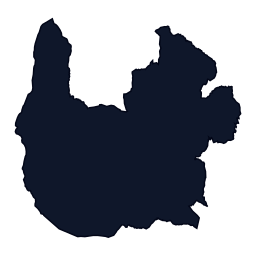 the district of Dr. Manuel Belgrano, Jujuy, Argentina
{"feature_id": "61730980B9597683153912", "entity_name": "Dr. Manuel Belgrano", "entity_type": "district", "adm_level": 2, "iso_a3": "ARG", "parent_name": "Argentina", "parent_adm1": "Jujuy", "projection": "equal_earth", "projection_center": [-65.306, -24.063], "detail": "fine", "context": "isolated", "style": "filled", "palette": "ink", "viewbox_px": 256, "rotation_deg": 0, "n_neighbors": 0, "source": "geoboundaries", "source_scale": "gbopen_adm2", "svg_char_len": 5759}
<svg xmlns="http://www.w3.org/2000/svg" viewBox="0 0 256 256"><path d="M15.6,125.5L16.5,126.6L17.6,127.0L17.6,127.4L17.2,128.3L16.2,129.2L15.8,130.0L15.4,131.6L15.6,132.3L16.4,133.7L18.5,134.3L21.2,136.2L22.2,138.4L21.8,140.4L22.1,142.3L24.4,144.6L25.8,147.7L26.3,151.4L26.2,154.7L25.3,156.6L24.1,161.7L23.6,165.2L22.5,167.9L22.4,168.9L23.4,170.2L23.9,172.9L25.1,175.7L24.9,177.1L23.6,179.7L25.2,184.1L25.2,186.2L26.2,187.2L27.3,189.7L28.0,190.3L28.7,190.8L30.5,190.7L31.3,193.1L32.1,194.1L33.5,197.0L35.2,198.5L35.5,199.0L35.7,201.9L35.1,203.9L35.1,205.9L37.8,208.4L40.3,211.7L41.0,213.6L43.6,214.4L43.8,215.3L59.2,228.8L77.7,236.6L80.8,236.3L84.9,236.6L93.0,235.4L98.0,235.4L105.5,236.3L108.3,237.2L113.7,235.2L116.4,231.6L116.8,230.6L118.5,229.0L121.6,225.1L123.0,224.8L124.5,225.5L125.6,227.1L126.9,227.2L127.6,225.6L129.2,224.7L130.2,226.1L131.1,226.0L131.9,226.6L133.0,226.3L133.9,227.0L134.4,227.8L135.9,227.7L136.7,228.2L139.1,227.8L140.0,228.3L140.7,227.7L141.4,228.3L143.0,227.4L146.2,228.8L149.1,227.0L151.3,223.7L152.5,222.9L155.4,219.5L156.3,219.6L157.3,219.1L157.2,218.4L157.9,218.6L157.8,218.2L158.1,218.1L158.4,218.6L161.4,220.0L162.5,219.8L162.5,220.4L165.6,220.7L166.9,221.5L168.2,220.7L168.9,221.0L169.8,220.4L170.5,220.5L173.2,223.8L176.0,224.8L177.0,224.4L178.8,224.7L180.7,224.4L181.5,224.6L183.3,223.8L186.5,224.0L186.9,223.7L189.0,224.2L190.9,225.4L193.2,225.2L194.0,226.5L196.8,228.3L199.2,217.9L197.3,215.5L192.5,211.1L189.1,206.3L189.6,206.3L190.3,205.5L191.2,205.7L192.2,204.5L193.3,204.8L194.2,202.8L194.5,202.9L196.4,200.5L196.9,200.4L198.8,201.8L201.6,202.8L202.1,203.5L203.2,204.0L203.9,204.9L205.0,205.1L207.6,206.5L206.4,204.7L206.3,203.4L205.6,201.9L204.1,200.5L204.1,199.9L204.3,199.6L204.2,197.3L203.2,197.3L202.6,196.2L202.6,194.8L203.1,194.3L203.0,193.9L203.7,192.0L203.2,190.2L203.2,188.5L204.5,185.6L204.4,182.2L205.0,179.9L205.3,177.5L205.7,177.5L205.5,171.5L204.2,166.6L204.4,163.7L203.7,162.3L202.0,162.1L200.4,160.1L199.3,159.9L198.6,159.2L196.5,158.8L195.1,159.6L194.8,159.3L196.0,156.4L198.3,156.7L200.2,155.8L200.4,155.5L200.5,153.8L201.5,153.0L202.2,151.6L204.3,151.1L205.9,149.3L207.6,145.8L207.8,142.6L208.3,140.7L208.3,139.7L209.1,138.5L208.8,137.2L209.6,137.9L209.7,139.4L210.1,139.7L210.9,139.0L210.7,138.0L211.5,137.6L212.3,138.7L213.4,142.0L213.8,142.5L217.5,141.1L217.9,142.5L219.7,142.2L222.1,142.6L223.7,143.3L225.8,142.4L226.5,141.3L228.1,140.2L230.7,140.3L233.2,139.2L233.6,138.4L233.3,137.3L233.2,136.3L233.6,135.9L233.3,134.9L233.4,132.5L233.9,132.0L235.2,132.4L235.8,131.5L235.7,130.4L235.1,130.3L234.8,129.9L234.6,127.9L235.2,126.7L235.5,126.6L236.2,127.2L236.3,126.7L235.1,124.0L235.8,124.5L236.8,123.1L238.4,123.2L238.3,122.3L237.6,121.2L237.6,119.9L236.9,118.2L237.4,118.0L239.0,118.5L238.6,116.6L238.8,115.8L240.6,113.8L240.6,113.4L239.9,111.1L239.9,107.6L239.0,104.1L236.0,101.8L234.2,99.2L232.4,97.5L232.8,95.3L231.9,92.5L232.3,91.1L231.9,88.0L232.1,86.9L231.3,86.5L229.6,87.1L228.8,86.4L228.0,87.4L226.9,87.4L225.2,86.5L224.5,87.3L223.5,86.8L223.3,87.3L221.6,86.1L220.4,86.8L219.5,86.8L219.1,87.8L218.1,87.4L216.2,88.0L215.9,88.7L215.5,88.5L214.9,89.0L214.7,89.9L212.0,91.4L212.3,92.8L210.5,93.3L210.2,93.7L210.0,95.0L209.1,96.4L208.1,96.5L206.6,98.1L205.3,98.4L204.1,98.1L201.9,98.2L201.0,97.8L201.3,93.3L201.1,92.1L200.2,91.0L200.3,89.8L201.0,89.2L201.2,88.0L202.4,85.7L203.2,84.5L204.1,84.1L205.1,84.6L206.0,84.1L206.9,82.6L207.6,79.3L208.8,79.5L210.1,80.6L214.2,77.9L215.4,75.6L215.8,73.4L216.5,72.3L215.8,67.2L215.2,66.4L215.1,65.0L215.5,63.4L214.4,61.2L212.7,60.5L211.8,59.0L207.7,56.4L206.9,55.3L204.9,54.6L204.3,54.0L204.0,53.1L203.2,53.1L201.6,51.5L201.5,50.7L200.6,50.6L200.2,49.8L199.0,49.5L198.6,48.8L197.7,49.2L196.4,48.3L195.0,48.1L194.6,46.9L193.2,45.4L192.4,45.5L191.9,45.0L191.9,44.0L191.0,42.0L189.3,41.8L188.9,41.3L188.5,41.5L187.7,40.8L186.9,41.2L186.6,40.4L185.7,40.7L185.3,38.2L184.1,37.8L183.6,36.7L182.9,36.5L182.7,35.9L181.8,36.2L181.0,35.6L180.6,34.6L179.9,34.9L178.1,33.9L175.5,35.1L175.2,35.7L174.6,35.4L172.9,35.4L172.1,34.9L171.6,33.9L170.9,33.6L170.6,32.6L170.2,32.3L169.7,30.5L169.9,29.9L169.6,28.8L169.1,28.6L168.7,26.7L167.8,26.2L166.2,26.8L164.6,26.7L160.7,27.5L158.8,29.2L156.2,30.2L155.4,31.3L157.0,33.1L158.1,33.6L158.5,34.4L160.0,35.7L160.3,36.9L159.6,44.2L160.9,48.2L159.7,51.2L160.2,56.5L158.7,59.5L158.7,62.5L158.3,64.4L156.6,62.8L152.8,63.6L152.6,60.6L150.6,62.7L150.1,65.0L148.2,66.1L145.2,69.5L144.3,69.0L142.9,69.4L141.6,69.1L139.7,70.0L138.6,69.4L137.1,70.1L136.1,69.3L132.3,71.9L132.2,73.1L132.9,76.2L132.6,78.0L132.8,79.8L132.3,82.9L132.6,87.1L132.2,88.4L131.5,88.7L130.9,91.2L126.4,93.9L123.9,94.1L123.7,97.5L124.3,99.5L124.5,103.4L126.4,109.7L127.5,111.2L126.2,111.9L121.3,111.2L120.2,110.6L120.1,109.9L117.6,108.7L113.9,105.9L111.1,105.4L106.7,106.5L101.4,104.6L99.7,104.8L99.5,105.6L98.8,106.1L93.9,107.2L89.1,107.8L87.6,108.6L86.9,106.5L84.2,104.1L83.8,102.3L83.3,101.9L81.6,102.0L80.4,100.3L79.4,100.2L78.7,99.3L77.4,99.7L76.9,98.8L74.0,99.3L73.3,98.4L73.5,97.0L73.3,96.3L72.3,96.0L70.2,96.7L69.9,94.3L68.9,93.5L69.2,90.3L68.9,88.1L68.4,86.8L68.7,85.1L68.0,83.2L68.4,82.7L68.2,81.5L69.2,79.9L68.9,78.5L69.6,76.4L69.0,74.3L69.7,73.8L69.1,72.3L69.6,70.9L69.2,68.6L67.8,67.3L67.8,64.0L68.5,60.8L68.7,56.5L70.1,54.8L71.1,51.0L70.8,48.5L71.1,46.8L70.9,45.3L68.1,43.0L67.2,39.9L66.6,38.9L62.1,36.6L61.6,35.3L61.4,33.2L60.0,30.1L57.5,26.3L55.8,24.6L53.9,23.7L52.3,18.8L42.7,24.5L41.1,26.5L39.3,32.4L38.1,34.7L35.3,43.6L34.6,47.1L34.5,50.3L33.9,52.1L33.9,56.9L35.1,58.8L35.5,60.2L35.0,64.9L34.2,66.2L33.8,68.2L33.4,74.5L32.3,80.3L32.9,87.9L32.3,91.0L30.6,93.1L28.3,94.4L24.3,104.8L23.2,106.2L22.0,110.0L21.8,111.8L20.7,113.3L19.9,113.6L18.7,115.1L17.5,117.7L15.7,123.1L15.6,125.5Z" fill="#0f172a" stroke="#020617" stroke-width="1.5"/></svg>